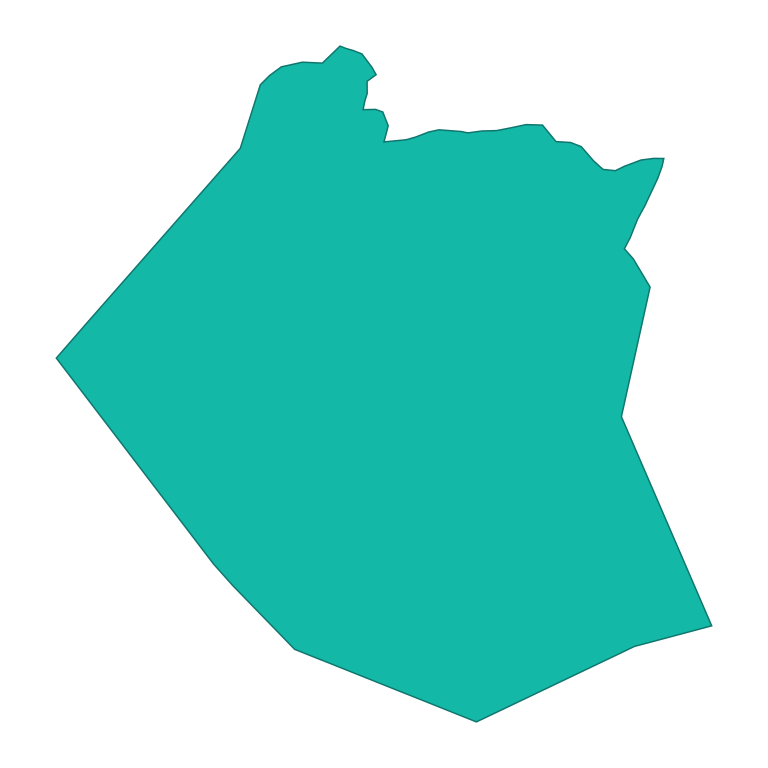 San Bartolomé Zoogocho, Oaxaca, Mexico (Mercator projection)
{"feature_id": "50627088B99822052581383", "entity_name": "San Bartolomé Zoogocho", "entity_type": "district", "adm_level": 2, "iso_a3": "MEX", "parent_name": "Mexico", "parent_adm1": "Oaxaca", "projection": "mercator", "projection_center": [-96.24, 17.246], "detail": "fine", "context": "isolated", "style": "filled", "palette": "teal", "viewbox_px": 768, "rotation_deg": 0, "n_neighbors": 0, "source": "geoboundaries", "source_scale": "gbopen_adm2", "svg_char_len": 849}
<svg xmlns="http://www.w3.org/2000/svg" viewBox="0 0 768 768"><path d="M295.8,649.8L476.4,721.9L634.5,646.4L711.7,625.8L621.4,416.7L650.1,287.1L633.3,258.9L624.4,248.8L630.2,237.7L637.6,219.1L644.8,205.9L657.5,178.9L660.0,172.2L662.1,166.3L663.8,158.5L653.7,158.4L641.1,160.0L624.8,166.1L615.3,170.7L603.0,169.4L593.7,161.0L581.3,146.7L570.6,142.5L556.0,141.6L542.5,125.1L526.1,124.6L511.0,127.8L496.6,130.6L481.7,131.0L467.8,132.9L461.1,131.5L438.9,129.8L428.7,132.0L415.2,137.2L405.9,139.8L384.0,141.9L388.2,125.8L382.8,112.0L375.6,109.4L363.1,109.7L364.8,101.2L367.2,93.4L367.1,81.3L376.1,74.7L372.0,67.4L361.9,53.9L353.6,50.7L345.3,48.2L340.0,46.1L322.4,63.1L302.4,62.2L281.4,66.8L269.6,75.5L260.3,84.8L240.3,148.3L86.0,324.0L56.3,358.1L213.7,564.2L232.8,585.6L294.6,649.3L295.8,649.8Z" fill="#14b8a6" stroke="#0f766e" stroke-width="1.5"/></svg>